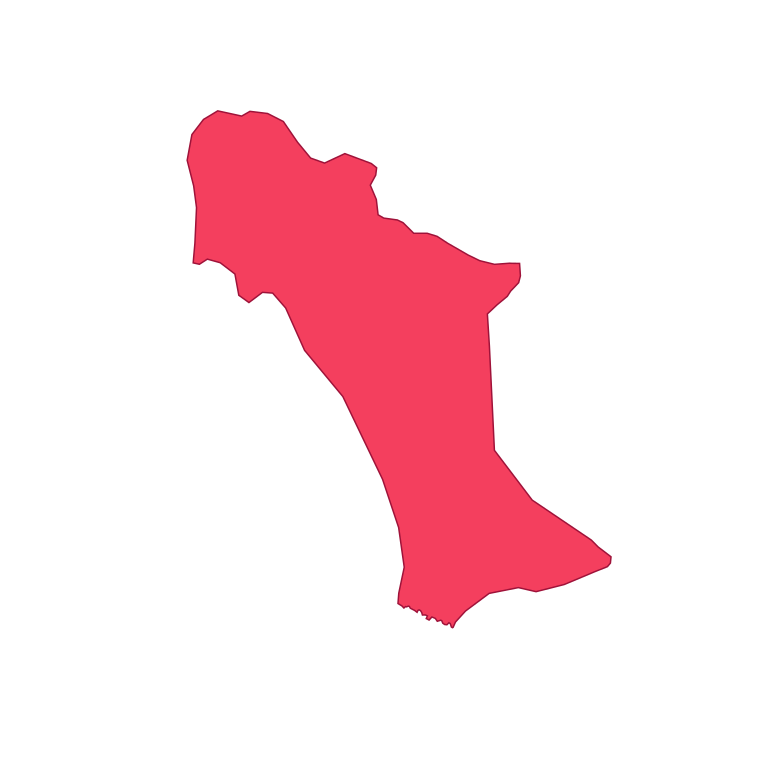 the district of Mvila, Sud, Cameroon, rotated 26°
{"feature_id": "32672807B58704883317804", "entity_name": "Mvila", "entity_type": "district", "adm_level": 2, "iso_a3": "CMR", "parent_name": "Cameroon", "parent_adm1": "Sud", "projection": "natural_earth1", "projection_center": [11.499, 2.757], "detail": "fine", "context": "isolated", "style": "filled", "palette": "rose", "viewbox_px": 768, "rotation_deg": 26, "n_neighbors": 0, "source": "geoboundaries", "source_scale": "gbopen_adm2", "svg_char_len": 1586}
<svg xmlns="http://www.w3.org/2000/svg" viewBox="0 0 768 768"><g transform="rotate(26 384 384)"><path d="M274.7,191.5L247.8,194.1L233.7,211.5L219.0,213.1L200.3,204.6L184.6,195.7L178.5,192.2L160.8,191.9L144.0,197.7L140.6,202.7L138.6,205.6L129.5,207.8L114.8,211.4L110.5,218.1L105.8,225.3L102.0,244.0L109.0,269.2L126.1,289.4L138.2,307.7L152.3,340.3L159.4,358.8L165.6,357.3L170.5,349.2L183.6,346.8L201.8,350.5L214.6,367.9L226.9,370.0L234.6,354.9L244.1,351.1L262.3,358.8L297.9,388.6L352.5,413.3L424.5,470.3L460.1,506.6L482.5,539.8L489.0,565.6L492.8,575.2L497.3,575.6L500.1,576.6L500.9,574.6L502.0,574.4L503.2,573.0L504.3,572.8L506.0,574.0L510.8,574.1L513.8,574.7L513.8,572.5L514.6,571.6L516.2,571.7L518.1,572.9L519.8,574.8L522.5,573.4L524.7,573.4L524.8,576.3L525.6,576.3L528.0,576.4L529.2,572.4L532.9,572.2L535.9,573.9L538.6,571.4L539.8,571.5L541.6,573.2L543.9,573.6L546.1,572.8L547.0,570.1L548.6,570.3L551.1,572.9L552.4,573.0L552.8,572.4L552.6,566.6L556.8,552.3L570.3,526.1L594.0,508.1L611.7,504.0L626.6,491.4L633.9,485.2L655.1,461.0L656.9,459.0L664.9,450.2L666.0,445.7L663.8,439.8L647.9,436.6L638.8,433.4L568.1,423.4L512.3,395.2L502.0,376.4L462.1,303.7L446.2,275.7L450.9,263.3L456.4,251.1L457.1,245.0L460.6,233.9L459.2,227.0L453.0,216.2L445.8,219.6L443.9,220.4L430.9,228.0L417.4,230.9L415.9,231.2L402.9,231.2L384.3,229.9L379.6,229.6L367.0,228.0L365.1,228.3L356.7,229.6L344.6,235.5L332.9,231.5L330.6,230.7L324.1,230.7L312.5,234.5L311.1,235.0L304.5,234.5L296.2,221.5L284.5,211.3L285.0,199.9L282.6,192.9L276.0,191.4L274.7,191.5Z" fill="#f43f5e" stroke="#9f1239" stroke-width="1.5"/></g></svg>